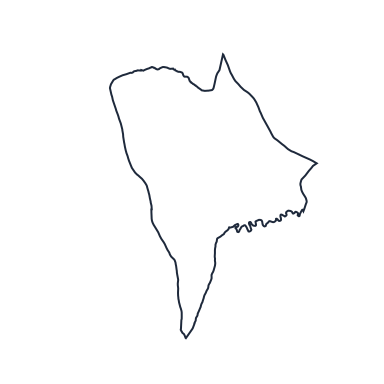 Rovieng, Preah Vihéar, Cambodia, rotated 109°
{"feature_id": "14789045B51869022105306", "entity_name": "Rovieng", "entity_type": "district", "adm_level": 2, "iso_a3": "KHM", "parent_name": "Cambodia", "parent_adm1": "Preah Vihéar", "projection": "orthographic", "projection_center": [105.174, 13.345], "detail": "fine", "context": "isolated", "style": "outline", "palette": "slate", "viewbox_px": 384, "rotation_deg": 109, "n_neighbors": 0, "source": "geoboundaries", "source_scale": "gbopen_adm2", "svg_char_len": 5975}
<svg xmlns="http://www.w3.org/2000/svg" viewBox="0 0 384 384"><g transform="rotate(109 192 192)"><path d="M155.5,278.3L156.4,277.9L159.8,276.0L162.2,275.0L167.1,272.4L168.8,271.4L171.0,270.2L174.4,268.1L175.8,267.1L176.2,266.9L179.0,264.6L180.9,263.3L182.9,261.8L187.3,258.0L187.7,257.6L188.6,256.9L189.3,256.0L191.9,252.5L192.3,251.9L193.5,249.4L193.8,248.3L194.6,246.5L195.8,243.6L197.1,241.5L198.8,239.1L200.3,237.3L201.3,236.4L201.7,236.2L202.3,235.8L204.3,234.4L205.8,233.3L206.2,233.1L208.7,231.4L211.6,229.8L214.5,228.0L215.4,227.6L218.2,225.8L221.5,224.4L221.7,224.8L223.5,224.1L224.6,223.7L230.5,221.4L232.2,220.5L233.8,219.3L235.5,217.6L237.7,214.9L241.1,210.8L244.2,208.0L246.3,205.7L248.8,202.3L250.2,200.7L253.5,197.6L254.2,196.8L254.5,196.6L255.2,195.7L256.7,193.8L258.1,192.7L258.6,192.2L259.9,190.6L261.7,186.7L262.5,185.9L264.0,184.7L265.9,183.7L267.0,183.0L270.6,181.2L271.5,180.7L273.0,180.1L274.7,179.2L279.1,176.7L279.8,176.4L283.0,175.7L284.7,175.1L287.6,173.7L291.9,172.4L294.5,171.4L296.6,170.4L297.4,170.1L298.7,169.3L300.6,168.3L304.8,165.5L305.6,164.8L307.9,163.2L309.3,162.5L311.3,161.8L313.3,161.1L315.5,160.4L316.4,160.4L324.6,158.0L325.9,157.8L326.2,157.6L326.3,157.3L326.6,157.0L327.1,156.7L327.4,156.1L327.7,155.9L328.3,155.2L328.5,154.8L328.6,154.3L329.0,153.3L330.2,152.1L331.4,151.1L332.1,150.5L332.2,150.2L325.3,148.2L321.0,147.0L320.0,146.9L316.3,146.8L315.4,146.8L315.3,147.0L314.2,146.9L313.0,146.7L312.1,146.7L310.6,147.1L309.5,147.2L307.6,146.7L306.4,146.7L305.2,147.0L302.1,146.7L298.9,146.5L297.8,146.4L296.4,146.6L294.5,146.6L292.8,146.3L290.9,146.4L288.8,146.4L286.8,146.6L285.4,146.6L283.3,146.2L280.3,146.0L278.8,145.6L277.2,145.5L274.9,146.0L273.2,145.8L272.1,145.5L268.5,145.3L267.1,145.4L264.1,146.5L262.3,146.4L260.9,146.1L259.3,146.0L254.2,146.3L252.2,146.7L250.9,147.2L249.4,148.0L247.6,148.5L246.1,149.3L245.3,149.6L242.4,150.4L239.5,151.4L237.8,151.8L235.7,152.1L234.3,152.6L232.5,152.7L231.0,152.5L230.3,152.6L229.4,152.8L228.0,153.0L227.4,152.8L225.4,151.0L224.8,150.5L223.1,149.5L221.5,148.2L220.2,148.0L219.3,147.7L218.5,147.3L216.8,146.1L215.8,145.6L215.2,145.4L213.7,145.4L213.3,145.3L213.4,144.7L213.1,144.1L211.5,141.8L209.4,140.7L209.0,140.2L208.4,139.7L207.6,138.8L207.3,138.3L207.8,137.6L208.5,137.3L209.1,137.3L209.8,137.5L210.3,137.9L211.0,139.3L211.8,139.3L212.2,138.9L212.5,138.1L212.9,137.6L214.8,136.3L214.9,135.6L214.8,135.1L214.6,134.9L214.0,134.6L212.4,134.6L210.9,134.2L209.4,134.0L208.8,133.8L208.2,133.4L207.4,132.5L206.8,132.1L206.5,131.8L206.2,131.1L206.4,130.5L207.7,128.8L208.9,127.7L209.5,127.3L209.8,126.7L210.5,126.2L210.9,125.7L210.7,124.9L210.2,124.3L209.3,123.7L208.3,123.6L207.1,124.6L205.2,125.9L204.8,126.4L204.2,126.6L203.9,127.0L204.0,127.3L203.0,128.0L202.5,128.1L201.8,127.9L201.4,127.0L201.7,126.4L202.0,126.0L202.7,125.5L203.4,124.3L203.8,123.1L203.6,121.8L203.4,121.1L203.0,120.8L202.5,120.7L201.7,121.0L199.4,122.3L199.0,122.2L197.9,121.1L196.6,119.7L196.2,118.7L196.1,117.4L196.3,116.8L197.3,115.9L198.7,115.2L200.0,114.4L200.8,113.2L200.9,112.7L200.9,112.1L200.2,111.3L198.6,111.3L198.0,111.3L195.9,110.0L195.3,109.9L194.5,109.5L194.2,108.9L194.2,106.0L194.0,105.2L193.8,104.8L193.0,104.1L192.2,103.6L191.6,103.4L190.9,103.4L190.3,103.8L190.0,103.8L189.8,103.5L189.7,103.2L190.1,102.0L190.6,101.5L191.0,100.5L190.9,99.9L190.6,99.4L189.9,98.8L188.9,98.9L187.5,99.6L186.7,100.3L186.1,100.5L185.1,100.8L184.6,100.7L184.3,100.4L184.2,99.3L184.4,98.7L184.7,96.8L184.9,96.2L184.3,95.6L183.0,95.1L182.3,95.4L181.4,96.2L180.8,96.3L180.0,96.2L179.0,95.5L178.3,94.9L177.9,93.0L177.9,92.4L178.0,91.7L178.2,91.1L178.6,90.6L179.3,89.9L179.5,89.4L179.3,89.0L178.7,88.5L178.1,88.1L177.7,88.1L177.2,87.8L177.0,87.6L176.9,87.1L177.1,85.7L177.4,85.1L177.6,84.8L178.2,84.6L179.6,84.5L179.8,84.3L180.1,83.0L179.7,82.6L178.9,82.6L177.7,82.8L175.4,82.5L173.3,82.1L172.9,81.9L172.7,81.5L173.9,80.4L171.5,80.3L166.5,80.4L164.4,80.3L163.3,80.6L160.9,82.2L159.8,83.4L157.5,86.3L156.2,87.7L155.1,88.7L154.2,89.4L151.4,90.8L150.5,91.5L149.5,92.0L148.5,92.3L146.0,92.5L144.5,92.5L139.5,90.2L134.0,88.4L130.6,87.0L127.9,86.1L124.3,83.4L123.4,87.7L122.9,91.1L122.2,99.2L121.1,108.8L121.1,111.2L120.8,112.6L120.2,115.2L119.6,116.7L118.6,119.0L118.0,120.6L117.6,122.0L115.3,128.2L114.4,131.4L113.8,132.6L113.3,133.3L111.4,135.4L110.1,136.8L109.6,137.2L105.6,141.6L98.8,149.2L94.6,153.0L93.7,154.0L90.1,156.9L87.9,159.0L86.4,160.4L84.3,162.9L83.4,164.1L82.6,165.5L80.4,169.8L79.8,171.4L79.4,172.8L78.6,176.1L76.7,180.3L74.9,183.3L73.0,187.1L71.3,189.3L67.9,192.9L67.3,193.7L65.7,195.2L60.4,199.4L56.3,203.3L52.1,206.9L51.8,207.5L61.6,206.4L67.0,205.8L67.4,205.7L68.2,205.8L71.6,206.7L73.8,206.8L75.1,206.8L82.3,205.9L86.3,205.5L87.0,205.5L87.4,205.5L88.7,206.0L89.0,206.2L89.3,206.6L91.0,209.8L91.1,210.2L92.2,212.8L92.7,215.9L92.2,217.1L91.3,220.4L90.8,221.3L90.4,222.9L90.0,223.4L90.1,224.1L89.5,225.4L89.5,226.3L89.1,227.0L89.0,227.8L88.5,228.5L88.7,229.0L88.0,229.7L87.7,230.4L86.9,231.0L85.6,232.0L85.1,232.5L84.8,233.2L84.6,233.9L84.9,235.3L85.4,236.6L85.3,237.1L84.9,237.7L84.5,238.2L82.8,239.5L82.3,240.4L82.3,242.6L82.7,243.6L82.8,245.2L82.6,245.6L82.5,246.7L82.5,247.3L82.3,247.7L81.8,248.0L82.1,249.1L81.9,249.8L81.5,250.1L82.7,252.8L82.7,253.8L82.7,254.5L82.5,255.7L82.7,257.7L82.9,258.4L82.9,258.9L83.3,260.2L84.2,261.3L85.8,262.9L86.2,263.0L86.7,263.4L87.2,264.2L87.4,264.6L87.4,265.7L87.2,266.2L87.3,266.7L86.8,267.6L87.0,268.3L86.8,268.5L86.8,270.2L87.1,270.5L87.1,271.0L87.8,271.5L88.3,272.2L88.9,272.7L90.4,274.7L92.1,276.6L93.1,277.5L93.2,279.8L93.8,279.8L94.1,280.8L94.3,281.7L94.6,282.5L94.8,283.3L95.4,283.7L96.3,285.4L97.1,286.4L98.1,286.8L98.7,287.4L99.1,288.1L99.3,289.1L101.9,292.3L104.2,295.6L106.7,298.3L108.7,300.3L110.1,301.4L111.3,302.5L112.2,302.8L116.5,303.7L119.5,303.6L120.5,303.4L126.2,299.9L127.7,298.7L131.0,296.7L138.5,290.9L139.7,290.1L142.9,287.4L144.6,286.1L146.4,284.9L150.3,281.7L151.5,280.9L155.5,278.3Z" fill="none" stroke="#1e293b" stroke-width="2"/></g></svg>